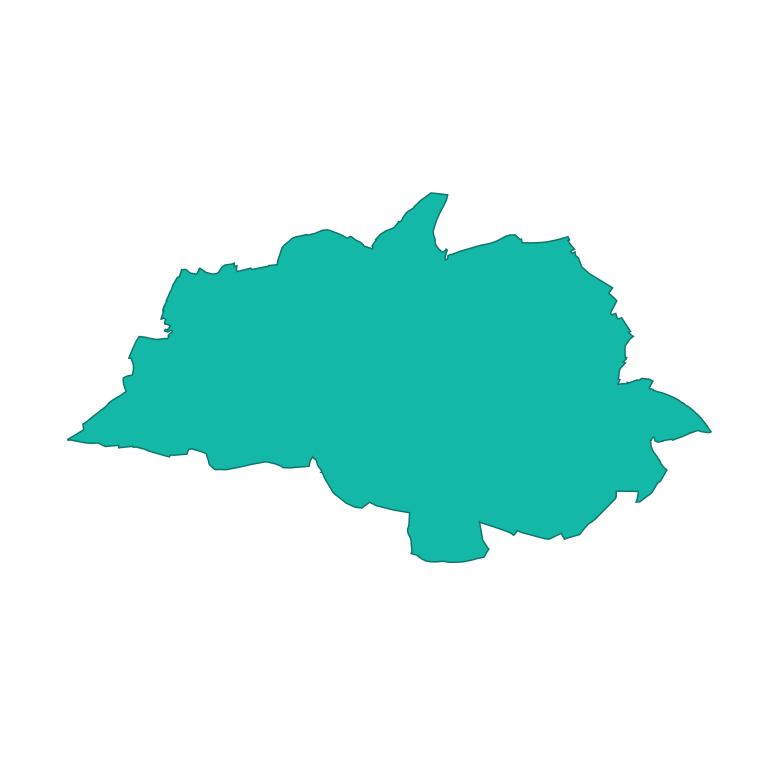 the district of Valkenburg aan de Geul, Limburg, Netherlands, rotated 354°
{"feature_id": "6326949B26894869293479", "entity_name": "Valkenburg aan de Geul", "entity_type": "district", "adm_level": 2, "iso_a3": "NLD", "parent_name": "Netherlands", "parent_adm1": "Limburg", "projection": "natural_earth1", "projection_center": [5.825, 50.861], "detail": "fine", "context": "isolated", "style": "filled", "palette": "teal", "viewbox_px": 768, "rotation_deg": 354, "n_neighbors": 0, "source": "geoboundaries", "source_scale": "gbopen_adm2", "svg_char_len": 6111}
<svg xmlns="http://www.w3.org/2000/svg" viewBox="0 0 768 768"><g transform="rotate(354 384 384)"><path d="M100.2,417.0L113.7,417.3L113.5,419.7L127.6,419.7L127.8,420.6L132.4,421.0L132.5,421.4L136.1,422.6L136.1,422.9L137.6,423.1L143.3,426.2L162.8,434.1L164.3,432.3L167.8,432.9L180.6,433.1L182.7,428.8L184.0,428.5L184.8,428.7L186.1,428.2L188.1,429.4L188.5,429.4L192.5,430.9L192.7,431.1L195.6,432.3L199.9,434.7L201.3,441.6L201.7,445.1L202.0,445.9L202.7,446.9L206.3,450.8L206.9,451.3L208.0,451.6L211.3,451.8L217.0,452.6L219.2,452.7L234.3,451.3L242.5,450.2L257.5,449.0L260.3,449.5L267.2,451.9L273.3,455.0L274.3,455.9L274.9,456.7L282.4,457.6L300.9,458.0L302.1,453.9L302.6,452.5L305.4,449.0L305.6,449.6L306.1,450.3L306.9,451.1L307.0,450.9L307.8,451.6L308.6,452.6L309.0,454.2L309.3,456.8L309.6,457.9L311.9,462.0L312.5,463.3L312.9,465.0L312.4,465.3L313.4,465.5L315.1,471.4L322.3,487.1L334.1,498.7L342.4,503.5L349.0,505.0L357.3,500.1L364.1,504.4L381.2,510.6L396.0,514.7L394.0,527.1L393.7,528.0L392.5,530.4L392.2,531.9L392.3,534.8L392.6,536.1L393.9,538.9L394.5,541.1L394.3,552.6L394.0,554.3L393.2,555.5L398.5,557.4L402.5,561.3L406.9,564.3L411.9,565.7L416.6,566.3L424.4,566.5L428.9,567.8L434.7,568.7L437.1,568.7L442.9,569.1L445.7,569.0L449.0,568.6L450.8,568.6L459.9,567.1L465.3,566.7L468.8,561.8L471.1,559.1L470.0,557.8L465.9,549.6L464.6,531.9L464.6,531.2L464.8,531.5L484.1,540.2L493.1,544.6L496.0,546.7L496.9,547.9L497.6,547.7L499.0,546.4L501.3,543.8L505.4,546.0L511.7,548.5L528.4,554.9L531.9,555.6L544.8,551.0L545.3,552.4L545.7,553.9L546.1,554.7L546.7,555.2L547.2,557.3L548.1,557.1L548.3,556.8L562.9,554.1L567.6,549.2L572.7,544.5L576.7,542.6L579.9,540.5L602.3,522.1L602.8,520.1L603.2,520.2L603.7,515.0L607.5,515.2L625.8,517.4L624.5,522.8L622.4,527.8L626.2,527.9L632.6,523.9L637.3,521.3L639.4,519.6L645.7,511.2L648.0,510.1L649.8,508.2L655.3,500.5L656.2,499.6L655.8,499.2L656.1,498.9L653.5,496.0L652.1,494.0L650.8,491.4L651.0,490.7L650.5,489.9L649.8,488.2L649.4,487.7L649.2,487.8L648.0,484.8L645.0,479.9L644.3,478.1L643.4,475.0L643.1,472.2L643.2,467.9L644.2,467.7L644.5,466.6L645.4,465.5L646.0,465.3L647.2,465.3L647.3,467.7L647.7,469.0L648.4,469.2L650.1,470.4L651.0,470.5L655.7,469.9L655.6,469.5L664.5,469.0L665.0,470.0L674.4,467.7L681.5,465.5L682.6,464.6L683.0,464.9L691.0,463.1L691.9,463.2L694.2,464.3L695.7,464.8L701.4,466.3L703.5,466.2L704.3,465.7L704.2,465.2L702.8,463.5L700.9,459.4L699.7,457.5L695.9,451.4L693.6,448.3L688.3,442.3L684.3,438.4L682.0,436.7L679.9,434.5L679.0,433.9L678.5,434.0L678.3,433.9L678.3,433.6L675.2,430.8L672.1,428.6L665.5,424.7L659.5,421.8L653.8,419.7L651.8,418.6L651.0,417.5L647.3,416.3L648.0,414.6L651.8,409.3L648.5,407.0L640.9,405.4L637.7,407.0L635.9,406.4L632.9,407.3L629.0,408.2L627.2,408.4L626.3,408.0L626.6,408.8L626.1,408.9L620.1,408.7L616.7,408.8L617.0,407.9L619.1,404.3L617.4,403.6L618.3,401.1L619.2,396.4L619.8,394.8L620.3,393.6L626.3,388.3L624.2,387.0L627.6,384.4L627.2,384.0L628.0,383.2L626.6,382.5L627.6,371.5L631.9,366.7L633.4,364.9L637.0,362.7L635.5,361.7L632.6,358.1L634.6,357.5L627.3,343.1L623.0,343.6L621.8,338.0L617.6,339.0L617.5,338.3L616.7,337.8L616.8,337.0L617.4,335.9L624.2,325.7L622.5,323.2L620.8,321.3L620.5,321.1L617.1,317.1L621.4,312.3L599.6,295.6L594.9,290.3L593.2,288.7L592.8,287.9L590.6,279.1L588.6,277.0L587.8,275.5L587.7,274.5L587.8,272.6L584.6,273.7L583.4,271.4L587.6,270.0L584.0,264.8L581.8,260.4L583.6,260.2L582.4,256.8L571.4,258.7L561.0,259.7L555.4,259.7L546.4,259.2L541.0,258.6L540.9,258.3L540.4,258.5L536.4,258.0L535.7,254.6L535.8,254.3L534.4,254.5L530.1,249.5L524.8,249.0L520.7,249.7L511.1,253.6L507.0,254.7L503.4,255.4L494.3,256.2L473.5,260.0L464.7,262.3L463.3,262.1L460.9,263.3L460.8,265.6L459.1,266.8L458.1,267.2L458.0,264.9L458.1,263.8L460.9,257.4L459.8,256.4L459.5,257.1L457.6,258.3L456.7,259.1L455.8,258.7L454.7,258.0L454.1,257.0L453.7,257.2L450.9,252.7L450.2,251.2L449.8,249.6L449.7,248.4L450.0,245.4L448.9,240.7L448.8,238.1L449.0,236.9L450.6,232.9L453.8,225.9L457.2,220.1L464.6,208.9L465.8,206.3L467.1,202.5L450.8,198.9L439.0,205.7L436.5,207.9L433.2,210.3L433.1,210.5L432.3,211.0L432.0,211.8L431.6,212.2L426.1,214.7L423.0,217.1L422.6,218.1L421.8,218.5L421.6,219.0L420.5,220.0L418.7,223.1L416.7,224.5L415.4,224.0L414.5,225.2L414.2,226.0L413.2,226.6L410.7,229.2L409.1,230.0L401.6,232.0L395.7,235.1L390.7,239.5L391.2,239.9L386.5,245.5L387.3,246.1L386.6,248.3L378.2,244.6L377.8,243.0L376.7,241.8L374.6,240.0L371.0,238.0L367.1,234.2L365.9,233.7L362.9,235.2L360.9,234.1L361.0,233.9L355.2,230.2L346.2,225.6L343.4,224.7L339.9,224.7L337.7,225.0L332.6,226.6L330.4,227.1L322.6,228.1L322.6,227.3L314.5,228.3L313.2,228.2L308.8,229.2L307.5,229.8L304.3,232.3L299.4,235.3L296.8,237.9L290.9,251.0L290.4,254.2L281.8,254.2L281.8,254.7L264.9,256.3L263.6,254.9L249.6,256.8L249.2,254.2L250.1,251.0L247.4,251.7L247.6,248.1L245.6,248.8L238.1,249.1L234.6,251.2L234.7,251.5L232.4,253.9L231.3,255.6L229.1,256.7L224.9,256.8L218.8,254.5L212.9,249.6L212.2,250.1L211.8,250.9L211.8,252.1L210.7,252.8L210.2,254.1L208.2,255.3L206.9,254.5L203.8,253.8L202.4,252.9L199.7,250.1L198.5,249.2L195.4,249.4L194.8,249.0L191.9,255.7L191.5,255.6L190.6,256.8L189.6,256.4L184.9,262.8L181.3,270.0L181.0,269.9L176.3,278.4L176.6,278.5L173.4,284.2L173.1,284.1L171.8,287.2L172.6,287.5L171.7,289.0L172.2,289.1L169.0,296.1L169.7,296.3L170.8,295.2L173.9,297.0L172.6,298.6L172.3,301.3L175.0,302.3L177.8,303.8L174.2,307.6L172.6,306.8L171.7,307.3L171.4,307.6L171.3,308.0L172.6,308.9L174.6,309.7L177.1,308.6L178.6,308.5L179.0,308.8L179.1,309.2L178.8,310.2L176.7,311.2L174.6,313.0L174.4,313.4L174.4,313.9L175.1,314.2L173.3,316.6L172.5,316.1L170.4,315.8L163.1,316.0L161.7,315.8L154.6,313.7L152.0,312.7L145.5,311.2L142.1,315.4L138.2,321.9L132.9,331.5L133.0,331.7L133.7,331.9L135.2,332.0L136.6,338.0L136.7,340.6L136.5,342.6L135.3,347.2L134.6,348.8L130.1,349.2L128.4,349.6L125.4,350.7L125.0,352.9L125.0,357.0L126.7,364.7L124.2,365.8L121.1,367.8L116.5,369.7L111.4,372.2L108.6,374.0L106.3,376.3L103.8,378.1L91.1,385.9L88.2,387.9L83.8,390.7L80.3,392.4L80.6,398.0L72.8,401.9L63.7,406.0L64.0,407.0L66.0,406.8L80.8,411.3L88.5,412.6L93.3,412.7L100.2,417.0Z" fill="#14b8a6" stroke="#0f766e" stroke-width="1.5"/></g></svg>